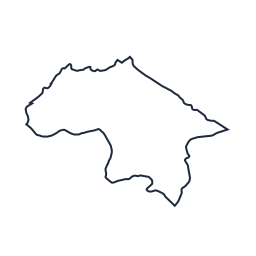 map outline of Krâchéh (orthographic projection), rotated 136°
{"feature_id": "KHM-1793", "entity_name": "Krâchéh", "entity_type": "Province", "adm_level": 1, "iso_a3": "KHM", "parent_name": "Cambodia", "parent_adm1": "", "projection": "orthographic", "projection_center": [106.195, 12.682], "detail": "fine", "context": "isolated", "style": "outline", "palette": "slate", "viewbox_px": 256, "rotation_deg": 136, "n_neighbors": 0, "source": "natural_earth", "source_scale": "10m", "svg_char_len": 3821}
<svg xmlns="http://www.w3.org/2000/svg" viewBox="0 0 256 256"><g transform="rotate(136 128 128)"><path d="M198.6,201.3L196.5,201.5L193.8,203.1L191.9,205.9L190.5,209.8L188.3,212.9L185.8,213.6L180.0,212.3L180.9,214.1L170.9,212.7L165.3,212.6L161.7,215.2L160.1,215.1L159.5,214.3L159.0,213.2L158.0,212.4L156.4,212.2L155.1,212.3L152.3,213.1L152.5,213.5L151.7,213.5L143.6,215.5L142.6,215.5L139.9,215.0L139.1,214.9L138.6,215.0L135.3,216.2L134.4,216.4L133.8,216.4L133.4,216.2L133.1,216.0L132.8,215.7L132.2,214.8L126.7,214.8L125.3,214.3L125.2,213.8L125.2,213.4L125.3,213.0L125.4,212.6L125.6,212.2L125.9,211.9L126.1,211.6L126.4,211.4L127.0,210.8L127.3,210.2L127.5,209.9L127.5,209.5L127.5,209.4L125.7,205.7L124.9,204.6L124.3,204.0L123.9,203.8L123.2,203.5L121.9,202.6L119.8,201.1L119.2,200.8L118.7,200.8L117.3,200.7L116.8,200.5L114.7,199.5L113.5,198.9L113.0,198.6L112.7,198.2L112.9,197.9L113.1,197.6L113.4,197.3L113.8,196.6L114.0,196.2L114.1,195.8L114.1,195.3L114.0,194.6L113.6,193.8L112.8,192.3L112.2,191.8L111.7,191.6L111.1,191.6L110.7,191.7L109.2,191.2L108.6,188.9L108.4,188.6L108.0,188.1L104.9,185.9L103.3,185.1L99.3,184.4L95.8,183.0L94.9,182.7L94.2,182.6L93.7,182.7L93.2,182.7L92.8,182.9L91.9,183.6L91.5,183.7L88.3,184.3L87.2,179.5L86.6,179.0L86.2,179.1L84.1,179.0L78.3,177.7L77.6,178.0L77.2,177.9L77.4,174.3L77.6,173.8L77.9,173.2L78.5,172.8L79.1,172.1L80.2,170.5L80.6,169.4L80.8,168.5L80.4,162.5L78.8,153.3L77.5,148.8L74.3,134.6L70.8,124.0L70.6,121.4L69.2,116.4L69.5,114.1L69.2,110.2L69.5,108.9L69.7,108.6L70.1,107.8L70.2,107.4L70.3,106.9L70.2,106.1L70.0,105.3L69.2,103.7L68.4,102.4L67.1,101.1L66.9,100.7L66.8,100.2L67.0,99.5L67.3,99.0L68.0,98.0L68.4,97.3L68.5,96.8L68.4,96.3L68.2,95.6L67.6,94.7L67.1,94.2L66.7,93.9L66.1,93.4L65.8,93.2L65.6,92.5L64.3,84.3L64.3,83.4L64.4,82.7L65.2,80.7L65.4,79.8L65.3,79.1L64.9,78.2L64.0,76.6L63.0,75.3L61.4,73.7L61.1,73.4L57.4,57.7L67.5,62.7L72.0,63.8L73.5,64.6L83.9,72.8L87.6,74.8L90.2,76.0L91.2,76.2L92.5,76.2L94.2,76.0L98.8,74.5L99.2,74.3L99.8,73.6L100.5,72.5L102.7,68.6L103.0,67.6L103.1,66.0L103.2,65.5L103.5,65.1L104.3,64.8L104.8,64.8L105.1,64.9L105.3,65.0L107.2,65.7L107.5,65.7L107.8,65.8L108.3,65.7L108.7,65.6L109.1,65.5L109.4,65.3L109.6,64.9L109.8,64.4L110.6,60.5L110.8,59.8L118.1,49.0L119.5,48.0L120.1,47.5L121.1,47.1L122.1,46.8L127.4,46.4L130.5,47.0L131.4,46.9L132.2,46.6L132.9,45.8L134.1,44.3L134.7,43.8L135.6,43.4L142.3,40.5L144.2,40.0L148.4,39.6L148.8,52.7L148.2,55.0L148.2,55.5L148.8,58.0L150.5,62.5L151.6,64.1L155.2,66.0L156.3,66.9L156.9,67.7L157.1,68.1L157.3,68.5L157.4,69.0L157.5,69.5L157.6,70.1L157.4,70.6L157.2,70.9L156.8,71.1L156.3,71.2L149.7,71.0L149.1,71.3L148.5,71.8L147.6,72.9L147.1,73.7L146.9,74.3L146.9,74.7L147.0,77.9L147.2,78.7L147.5,79.2L148.0,79.7L151.6,84.7L151.9,85.1L152.2,85.3L152.5,85.5L154.0,86.3L154.3,86.5L154.6,86.9L155.5,88.2L156.2,89.0L157.3,89.6L158.5,90.2L158.8,90.3L159.3,90.3L161.3,90.3L161.7,90.4L162.7,90.6L163.0,90.8L163.4,91.0L164.9,92.7L171.8,96.9L176.1,98.7L176.9,99.2L177.3,99.6L177.6,100.0L177.8,100.9L178.0,102.3L178.5,106.8L178.3,108.2L178.1,108.5L177.7,108.7L177.4,108.9L176.7,109.2L176.0,109.8L175.2,110.6L173.8,112.8L173.0,113.7L172.4,114.3L169.0,115.8L166.6,116.5L164.4,117.8L161.6,118.5L157.0,121.4L155.2,123.1L152.6,127.4L149.6,138.8L149.1,141.8L149.4,143.7L149.4,146.3L149.5,146.7L149.6,147.1L150.0,147.7L150.6,148.1L154.0,149.7L159.5,153.3L161.0,154.0L163.4,155.4L164.3,156.0L164.8,156.3L165.6,156.7L167.2,157.2L167.6,157.4L167.9,157.6L170.8,160.2L171.2,160.8L171.8,161.6L173.1,164.5L174.6,169.8L175.1,170.9L175.4,171.3L176.0,171.8L177.8,172.9L179.6,173.6L182.6,174.0L187.4,175.3L189.0,176.0L190.3,176.9L191.4,177.4L191.9,177.7L192.3,178.1L193.5,179.4L194.3,180.1L195.2,181.0L196.1,182.4L196.6,183.7L198.3,186.3L198.4,187.4L197.9,195.3L198.5,200.6L198.6,201.3L198.6,201.3Z" fill="none" stroke="#1e293b" stroke-width="2"/></g></svg>